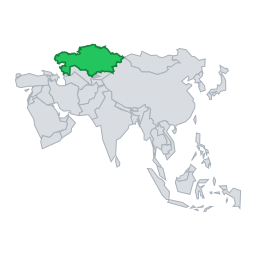 Kazakhstan on a map of Asia (Equal Earth projection)
{"feature_id": "KAZ", "entity_name": "Kazakhstan", "entity_type": "country or territory", "adm_level": 0, "iso_a3": "KAZ", "parent_name": "Asia", "parent_adm1": "", "projection": "equal_earth", "projection_center": [65.802, 47.999], "detail": "fine", "context": "in_parent", "style": "filled", "palette": "green", "viewbox_px": 256, "rotation_deg": 0, "n_neighbors": 45, "source": "natural_earth", "source_scale": "50m", "svg_char_len": 16616}
<svg xmlns="http://www.w3.org/2000/svg" viewBox="0 0 256 256"><path d="M69.6,75.2L70.0,66.7L74.6,65.4L80.6,70.1L85.7,69.6L87.8,71.3L88.9,75.5L91.7,76.7L96.5,73.0L95.5,74.7L100.3,76.2L98.1,77.9L95.9,77.8L96.0,76.0L93.6,76.6L92.2,79.4L90.7,79.3L92.0,82.7L91.0,85.2L74.5,71.8L71.7,75.2L69.6,75.2Z" fill="#d9dde1" stroke="#a8b0b8" stroke-width="1"/><path d="M240.6,190.6L239.9,208.4L238.2,206.2L233.1,206.5L235.4,203.5L234.1,198.2L225.6,193.1L224.2,194.7L222.3,191.2L225.8,189.5L222.8,189.5L219.3,186.0L226.4,185.6L227.2,191.0L229.3,192.7L233.4,188.1L240.6,190.6ZM207.3,207.8L206.0,211.2L204.0,211.5L205.2,208.9L207.3,207.8ZM226.4,202.3L226.3,200.3L227.1,198.4L227.5,200.5L226.4,202.3ZM193.4,172.0L192.3,174.5L195.8,180.9L193.4,181.3L189.9,194.4L177.9,191.5L175.3,182.3L176.7,177.9L178.5,181.3L185.2,180.1L186.9,179.5L189.3,171.6L193.4,172.0ZM213.9,192.7L219.1,191.9L219.8,194.0L213.9,192.7ZM211.8,193.8L210.4,193.3L210.0,192.1L212.1,192.0L211.8,193.8ZM214.0,177.4L215.6,180.3L214.4,185.9L213.0,180.6L214.0,177.4ZM199.7,179.8L208.5,179.5L205.4,182.8L198.2,182.8L197.9,184.8L199.8,187.3L204.7,185.1L200.9,188.6L204.1,198.1L202.2,197.9L203.2,195.7L200.7,196.0L199.8,190.6L198.4,191.5L198.5,198.6L197.2,199.0L195.3,191.1L197.5,183.0L199.7,179.8ZM198.6,210.7L195.0,209.6L197.0,209.1L198.6,210.7ZM197.1,207.6L201.4,206.6L203.2,205.6L202.9,207.1L197.1,207.6ZM193.1,205.6L195.5,207.3L190.6,208.2L193.1,205.6ZM169.2,199.6L182.5,202.5L188.6,206.4L186.2,207.4L167.7,202.2L169.2,199.6ZM164.1,185.4L169.5,191.8L168.7,199.5L166.5,199.5L162.2,195.0L147.3,168.4L151.8,169.0L158.3,177.6L162.1,179.6L164.9,183.1L164.1,185.4Z" fill="#d9dde1" stroke="#a8b0b8" stroke-width="1"/><path d="M207.5,209.2L209.4,206.5L212.2,206.5L207.5,209.2Z" fill="#d9dde1" stroke="#a8b0b8" stroke-width="1"/><path d="M30.9,94.7L28.9,98.2L28.2,104.2L27.4,99.9L29.5,95.2L30.9,94.7Z" fill="#d9dde1" stroke="#a8b0b8" stroke-width="1"/><path d="M32.7,92.4L29.6,95.2L32.5,91.4L32.7,92.4Z" fill="#d9dde1" stroke="#a8b0b8" stroke-width="1"/><path d="M30.2,96.9L28.7,99.5L29.5,96.6L30.2,96.9Z" fill="#d9dde1" stroke="#a8b0b8" stroke-width="1"/><path d="M30.2,96.9L36.6,94.4L37.0,97.5L32.7,99.1L34.3,101.7L30.3,105.0L28.2,104.2L30.2,96.9Z" fill="#d9dde1" stroke="#a8b0b8" stroke-width="1"/><path d="M59.5,117.8L64.2,118.1L68.7,114.0L66.1,122.4L60.2,121.1L59.5,117.8Z" fill="#d9dde1" stroke="#a8b0b8" stroke-width="1"/><path d="M58.0,116.5L58.0,114.6L59.1,112.9L59.6,115.3L58.0,116.5Z" fill="#d9dde1" stroke="#a8b0b8" stroke-width="1"/><path d="M52.0,102.8L53.9,106.7L50.4,105.2L52.0,102.8Z" fill="#d9dde1" stroke="#a8b0b8" stroke-width="1"/><path d="M37.0,97.5L36.6,94.4L41.0,91.8L42.0,87.1L45.0,84.6L48.6,85.1L50.7,88.7L49.1,93.0L52.4,96.7L54.4,103.1L46.9,105.0L37.0,97.5Z" fill="#d9dde1" stroke="#a8b0b8" stroke-width="1"/><path d="M66.5,121.9L68.9,116.0L75.5,122.9L71.5,128.4L71.2,131.8L61.9,138.0L59.8,131.7L65.9,129.0L67.3,123.7L66.5,121.9ZM69.2,112.4L68.4,113.1L69.0,112.2L69.2,112.4Z" fill="#d9dde1" stroke="#a8b0b8" stroke-width="1"/><path d="M161.5,150.0L162.0,144.5L168.2,145.4L169.0,143.6L171.5,146.4L171.4,149.6L168.1,151.7L169.1,153.4L163.6,154.3L161.5,150.0Z" fill="#d9dde1" stroke="#a8b0b8" stroke-width="1"/><path d="M166.5,144.4L162.0,144.5L161.5,150.0L156.3,146.7L155.0,158.1L161.2,166.3L159.2,167.8L152.9,160.5L155.5,150.8L152.3,142.1L153.5,139.2L150.1,133.2L151.6,129.8L155.2,127.9L157.7,130.5L157.6,135.7L161.7,133.5L164.9,135.9L167.0,140.9L166.5,144.4Z" fill="#d9dde1" stroke="#a8b0b8" stroke-width="1"/><path d="M170.9,144.6L166.5,144.4L167.0,140.9L163.3,133.7L157.6,135.7L157.7,130.5L155.2,127.9L158.4,125.9L157.8,122.9L161.2,127.0L163.6,127.0L164.6,129.3L162.9,131.0L170.4,140.0L170.9,144.6Z" fill="#d9dde1" stroke="#a8b0b8" stroke-width="1"/><path d="M155.2,127.9L151.6,129.8L150.1,133.2L153.5,139.2L152.3,142.1L155.5,150.8L153.6,156.2L153.2,147.5L149.9,137.2L146.5,140.5L144.1,139.6L144.1,133.8L139.5,125.1L144.1,111.8L147.8,110.4L147.9,107.4L150.7,109.3L149.5,118.7L151.5,118.3L153.5,121.2L153.1,123.4L156.9,124.1L155.2,127.9Z" fill="#d9dde1" stroke="#a8b0b8" stroke-width="1"/><path d="M165.3,154.7L169.1,153.4L168.1,151.7L171.4,149.6L171.1,141.9L162.9,131.0L164.6,129.3L163.6,127.0L161.2,127.0L158.8,122.5L164.8,120.2L170.6,124.9L166.5,131.5L173.7,141.7L175.0,151.5L167.1,159.8L165.3,154.7Z" fill="#d9dde1" stroke="#a8b0b8" stroke-width="1"/><path d="M202.7,72.7L202.2,76.2L199.1,78.9L201.3,82.2L195.0,82.8L195.4,79.8L193.1,78.5L194.1,76.9L196.4,74.0L199.1,74.8L198.4,73.6L201.1,71.3L202.7,72.7Z" fill="#d9dde1" stroke="#a8b0b8" stroke-width="1"/><path d="M198.0,83.7L201.4,81.6L204.6,86.0L205.1,90.2L200.6,91.9L198.5,86.2L199.8,85.8L198.0,83.7Z" fill="#d9dde1" stroke="#a8b0b8" stroke-width="1"/><path d="M124.4,57.2L131.5,53.9L140.3,56.2L142.0,51.3L151.0,55.5L156.3,55.1L159.5,57.2L163.3,57.5L168.8,55.1L173.0,55.9L172.9,60.6L176.6,59.8L180.2,62.1L170.7,67.1L167.8,66.4L167.2,67.9L168.5,69.5L166.5,71.6L157.4,74.5L149.6,72.0L141.5,71.9L139.2,68.4L131.2,66.0L130.7,62.4L124.4,57.2Z" fill="#d9dde1" stroke="#a8b0b8" stroke-width="1"/><path d="M147.9,107.4L147.8,110.4L144.1,111.8L140.2,123.6L138.9,119.4L138.1,121.1L137.0,119.8L139.1,115.9L134.2,115.1L131.4,112.1L130.8,113.8L132.3,115.2L130.8,117.1L132.0,117.8L132.8,124.5L129.0,125.1L128.3,128.6L120.1,138.2L116.4,140.0L115.7,155.0L111.1,161.6L102.8,139.8L100.7,125.4L96.5,126.7L91.9,119.3L97.5,117.5L94.5,110.8L96.5,108.1L98.8,108.3L105.1,97.2L102.1,92.1L107.9,91.3L109.6,89.2L111.8,92.1L111.8,99.1L116.5,102.5L114.7,106.0L121.1,109.7L130.4,112.2L131.4,107.8L131.8,110.4L133.6,111.4L138.0,111.1L137.2,108.7L145.3,104.3L145.8,107.0L147.9,107.4Z" fill="#d9dde1" stroke="#a8b0b8" stroke-width="1"/><path d="M138.9,119.4L139.8,127.2L137.6,121.7L135.8,121.6L135.5,124.2L133.0,123.6L130.8,117.1L132.3,115.2L130.8,113.8L131.4,112.1L134.2,115.1L139.1,115.9L137.0,119.8L138.1,121.1L138.9,119.4Z" fill="#d9dde1" stroke="#a8b0b8" stroke-width="1"/><path d="M137.2,108.7L138.0,111.1L131.8,110.4L133.8,107.3L137.2,108.7Z" fill="#d9dde1" stroke="#a8b0b8" stroke-width="1"/><path d="M130.3,108.4L130.4,112.2L128.8,112.2L114.7,106.0L117.2,101.9L125.8,107.5L130.3,108.4Z" fill="#d9dde1" stroke="#a8b0b8" stroke-width="1"/><path d="M109.6,89.2L107.9,91.3L102.1,92.1L105.1,97.2L98.8,108.3L96.5,108.1L94.5,110.8L97.5,117.5L91.9,119.3L88.4,114.7L78.9,115.6L79.7,112.6L82.5,111.3L77.9,103.4L81.0,104.7L88.3,103.2L89.4,99.6L93.9,98.1L98.4,86.7L104.5,85.2L106.5,88.2L109.6,89.2Z" fill="#d9dde1" stroke="#a8b0b8" stroke-width="1"/><path d="M85.3,85.2L93.5,85.1L96.4,81.9L98.4,86.1L101.0,84.3L104.5,85.2L97.4,87.8L98.1,90.0L96.8,92.9L95.0,92.8L95.8,94.5L93.9,98.1L89.4,99.6L88.3,103.2L81.0,104.7L77.9,103.4L79.6,101.1L77.4,95.4L78.8,88.8L82.0,89.4L85.3,85.2Z" fill="#d9dde1" stroke="#a8b0b8" stroke-width="1"/><path d="M91.0,85.2L92.0,82.7L90.7,79.3L96.0,76.0L96.7,77.7L93.9,79.4L101.6,79.7L104.1,84.5L98.4,86.1L96.4,81.9L93.5,85.1L91.0,85.2Z" fill="#d9dde1" stroke="#a8b0b8" stroke-width="1"/><path d="M96.5,73.0L101.0,72.4L102.2,70.6L113.0,72.8L101.6,79.7L93.9,79.4L94.1,78.1L100.3,76.2L95.5,74.7L96.5,73.0Z" fill="#d9dde1" stroke="#a8b0b8" stroke-width="1"/><path d="M63.5,74.1L66.4,72.8L68.7,75.3L71.7,75.2L74.5,71.8L88.6,83.1L88.6,84.6L87.2,83.9L80.6,89.7L78.8,88.8L78.6,86.8L71.8,83.0L65.4,85.0L65.6,80.8L63.6,78.2L64.1,76.2L67.4,76.0L65.7,73.3L64.0,75.6L63.5,74.1Z" fill="#d9dde1" stroke="#a8b0b8" stroke-width="1"/><path d="M54.4,103.1L52.4,96.7L49.1,93.0L50.7,88.7L47.8,83.2L47.9,79.7L51.4,81.3L55.1,79.3L56.8,84.1L59.7,85.8L65.2,85.6L70.5,82.8L78.6,86.8L77.4,95.4L79.6,101.1L77.9,103.4L82.5,111.3L79.7,112.6L78.9,115.6L70.9,113.9L70.2,110.7L63.5,111.1L59.8,108.4L57.4,102.6L54.4,103.1Z" fill="#d9dde1" stroke="#a8b0b8" stroke-width="1"/><path d="M30.6,96.1L32.7,92.4L31.7,89.4L33.7,86.0L44.1,85.0L42.0,87.1L41.0,91.8L32.6,97.1L30.6,96.1Z" fill="#d9dde1" stroke="#a8b0b8" stroke-width="1"/><path d="M52.1,81.2L47.3,77.7L47.4,75.7L50.9,76.4L52.1,81.2Z" fill="#d9dde1" stroke="#a8b0b8" stroke-width="1"/><path d="M48.6,85.1L33.7,86.0L32.3,88.4L32.6,86.4L30.0,86.0L20.5,87.6L16.9,86.3L15.4,79.6L21.7,75.4L29.6,73.5L37.9,76.1L45.8,74.6L49.2,79.0L47.9,79.7L48.6,85.1ZM16.3,74.0L19.8,73.6L21.2,75.2L16.0,77.9L16.3,74.0Z" fill="#d9dde1" stroke="#a8b0b8" stroke-width="1"/><path d="M119.8,162.8L119.5,165.6L116.9,167.0L115.5,160.9L116.3,156.5L119.8,162.8Z" fill="#d9dde1" stroke="#a8b0b8" stroke-width="1"/><path d="M174.3,133.8L172.3,130.7L176.4,128.8L175.9,132.5L174.3,133.8ZM101.6,79.7L114.0,70.8L112.1,66.9L116.3,65.5L117.1,61.5L120.6,62.2L121.3,59.0L124.4,57.2L130.7,62.4L131.2,66.0L139.2,68.4L141.5,71.9L149.6,72.0L157.4,74.5L164.6,72.4L168.5,69.5L167.2,67.9L167.8,66.4L170.7,67.1L176.4,62.9L180.3,62.9L176.6,59.8L172.1,59.7L173.0,55.9L177.2,55.3L178.2,51.5L176.7,49.9L179.6,48.5L186.2,49.8L191.6,56.2L194.8,56.8L198.9,60.4L205.2,58.9L204.8,66.4L201.4,66.8L202.7,72.7L201.1,71.3L198.4,73.6L199.1,74.8L196.4,74.0L193.1,78.5L187.9,80.9L188.9,77.3L187.7,76.1L181.6,81.3L186.4,85.1L188.1,83.4L191.1,84.4L191.8,85.7L186.7,90.6L193.5,98.7L192.8,101.2L194.8,103.4L194.8,107.5L190.4,117.0L185.6,121.7L176.0,125.3L175.6,128.1L174.6,128.3L174.2,125.3L168.5,124.2L167.6,121.6L164.8,120.2L157.8,122.9L158.4,125.9L153.1,123.4L153.5,121.2L151.5,118.3L149.5,118.7L150.7,109.3L149.0,107.2L145.8,107.0L145.3,104.3L138.7,108.3L133.8,107.3L131.7,109.9L131.4,107.8L125.8,107.5L111.8,99.1L111.8,92.1L106.5,88.2L101.6,79.7Z" fill="#d9dde1" stroke="#a8b0b8" stroke-width="1"/><path d="M195.7,115.1L196.0,121.6L195.5,123.8L193.6,119.6L195.7,115.1Z" fill="#d9dde1" stroke="#a8b0b8" stroke-width="1"/><path d="M52.6,73.9L55.0,75.6L56.5,74.0L59.4,77.7L57.9,77.9L56.4,82.3L55.1,79.3L52.1,81.2L50.7,78.5L49.9,75.3L52.6,75.8L52.6,73.9ZM51.4,81.3L50.2,81.0L49.2,79.0L50.9,79.5L51.4,81.3Z" fill="#d9dde1" stroke="#a8b0b8" stroke-width="1"/><path d="M41.6,70.3L51.1,72.4L52.9,75.5L43.8,74.7L44.0,72.1L41.6,70.3Z" fill="#d9dde1" stroke="#a8b0b8" stroke-width="1"/><path d="M199.2,150.0L197.1,146.6L199.6,147.6L199.2,150.0ZM203.3,158.7L202.9,153.6L203.8,155.3L205.1,152.6L203.3,158.7ZM208.1,156.6L210.7,163.7L210.2,166.2L209.3,163.4L208.4,164.8L208.6,168.1L206.1,166.5L204.7,161.9L201.4,163.7L204.3,159.6L208.3,158.8L208.1,156.6ZM196.3,154.5L191.6,160.5L195.8,152.3L196.3,154.5ZM199.9,133.8L199.7,144.2L204.3,145.7L204.8,149.1L202.3,146.3L197.6,145.5L198.2,143.7L195.8,141.3L196.5,133.0L199.9,133.8ZM201.0,154.8L200.5,150.8L203.1,151.7L201.0,154.8ZM207.8,150.1L208.6,153.1L207.0,152.4L206.8,155.6L205.2,149.0L207.8,150.1Z" fill="#d9dde1" stroke="#a8b0b8" stroke-width="1"/><path d="M157.0,165.7L162.9,168.2L165.7,179.9L159.9,175.8L157.0,165.7ZM193.4,172.0L189.3,171.6L186.9,179.5L178.5,181.3L177.1,179.7L176.7,177.9L179.8,178.3L180.2,176.0L183.5,174.9L185.9,171.0L188.2,171.6L190.8,164.4L196.0,168.6L193.4,172.0Z" fill="#d9dde1" stroke="#a8b0b8" stroke-width="1"/><path d="M188.4,168.4L188.2,171.6L186.9,172.4L185.9,171.0L188.4,168.4Z" fill="#d9dde1" stroke="#a8b0b8" stroke-width="1"/><path d="M225.6,80.2L225.8,90.1L220.5,91.4L218.6,94.2L216.5,91.4L209.4,93.2L211.7,95.0L211.5,99.3L209.4,99.4L209.3,97.1L206.8,94.6L211.4,89.3L217.0,89.1L217.6,84.8L219.2,85.9L221.9,82.6L221.0,75.5L222.7,75.0L225.6,80.2ZM226.1,69.0L226.9,68.1L228.4,70.7L225.4,73.6L222.0,72.0L222.0,74.6L220.0,74.6L218.9,72.3L221.0,70.4L219.9,65.4L226.1,69.0ZM212.2,94.2L214.5,92.0L216.5,93.4L213.9,96.1L212.2,94.2Z" fill="#d9dde1" stroke="#a8b0b8" stroke-width="1"/><path d="M59.8,131.7L61.9,138.0L59.9,140.8L42.3,148.8L40.7,141.8L42.5,135.5L49.7,137.2L54.1,132.7L59.8,131.7Z" fill="#d9dde1" stroke="#a8b0b8" stroke-width="1"/><path d="M28.2,104.6L33.3,102.9L34.3,101.7L32.7,99.1L37.0,97.5L46.9,105.0L52.1,105.5L57.0,111.5L60.2,121.1L66.5,121.9L67.3,123.7L65.9,129.0L54.1,132.7L49.7,137.2L42.5,135.5L41.2,138.8L34.7,125.6L33.8,119.3L27.3,107.9L28.2,104.6Z" fill="#d9dde1" stroke="#a8b0b8" stroke-width="1"/><path d="M29.3,88.8L26.0,91.5L24.9,90.2L29.3,88.8Z" fill="#d9dde1" stroke="#a8b0b8" stroke-width="1"/><path d="M96.4,73.0L96.0,73.2L95.8,73.5L95.5,73.4L94.9,74.0L94.2,74.4L93.7,74.7L93.7,74.8L93.3,74.9L93.1,75.1L93.1,75.3L92.5,75.8L92.3,76.2L92.2,76.5L92.3,76.7L92.3,76.8L92.0,76.8L91.5,76.6L91.3,76.4L91.4,75.9L91.1,75.5L90.9,75.5L90.7,75.5L89.1,75.6L88.9,75.5L88.7,74.8L88.5,73.6L87.6,73.6L87.7,72.9L87.8,71.3L87.3,71.5L86.7,70.5L86.3,70.3L85.7,69.6L84.9,70.0L82.7,69.8L80.5,70.1L79.1,68.6L79.0,68.2L78.9,68.1L74.7,65.4L70.1,66.7L69.7,75.2L68.9,75.3L68.7,75.2L68.4,74.9L67.7,73.7L66.5,72.8L65.7,72.9L64.5,73.2L64.2,73.4L63.5,74.1L63.5,73.3L63.8,72.6L63.9,72.3L63.8,71.8L63.6,71.7L63.2,71.7L62.6,71.6L62.3,71.0L62.1,70.9L61.6,70.9L61.6,70.1L61.3,69.5L60.9,68.5L60.7,68.4L60.1,68.2L60.0,67.9L60.1,67.6L60.3,67.5L61.1,67.5L61.6,67.8L62.0,67.7L62.3,67.7L62.1,67.6L61.9,67.5L61.5,67.1L61.4,66.9L61.5,66.7L61.8,66.4L61.9,66.2L62.2,65.9L62.4,65.9L62.7,65.8L64.0,65.8L64.8,66.0L65.3,65.9L64.7,65.6L64.6,65.4L64.8,64.9L65.1,64.5L65.3,64.0L65.3,63.5L65.2,63.4L65.3,63.2L65.5,62.9L65.3,62.5L65.1,62.3L64.3,62.2L64.1,62.4L63.7,62.6L63.5,62.4L63.0,62.3L62.8,62.1L62.1,61.9L61.6,62.1L61.0,62.5L60.7,62.5L59.8,63.1L58.8,63.3L58.8,63.5L58.7,63.4L58.5,63.6L57.6,63.2L57.4,63.0L57.4,62.8L57.6,62.7L58.1,62.8L58.2,62.7L57.6,61.5L57.0,60.6L55.9,60.4L55.6,60.6L55.4,60.4L55.3,60.1L55.4,59.7L55.2,59.4L54.6,59.1L54.6,58.7L54.8,58.2L55.1,57.9L55.3,57.7L55.5,57.5L55.5,57.4L55.1,57.0L55.2,56.7L55.4,56.3L55.6,56.0L56.0,55.6L56.2,55.2L56.6,54.8L56.9,54.8L57.8,55.9L58.0,56.0L58.6,55.8L58.7,55.6L58.5,54.3L58.8,54.4L59.7,53.8L59.9,53.5L60.1,53.3L60.6,53.2L61.5,52.8L62.4,52.0L63.0,52.2L63.1,52.3L63.2,52.5L63.7,52.5L64.4,52.1L64.7,52.0L64.9,52.1L65.2,52.4L65.3,52.5L66.5,52.5L66.9,52.7L67.1,53.0L67.5,53.2L67.8,53.4L68.2,54.0L68.3,54.4L68.4,54.5L68.6,54.4L68.6,54.2L68.6,53.8L68.5,53.6L69.0,53.6L69.8,54.2L70.3,54.4L71.0,54.1L71.1,53.8L71.7,53.5L71.9,53.6L72.6,53.4L72.9,53.4L73.3,53.8L73.7,53.7L74.0,53.3L74.9,53.4L75.2,53.6L75.7,54.2L76.6,54.3L76.8,54.4L76.7,54.6L77.2,54.4L77.5,53.9L78.0,54.1L78.3,54.2L78.6,54.2L79.1,54.2L79.6,54.0L79.9,53.8L80.2,53.0L80.2,52.8L79.9,52.6L79.3,52.5L79.2,52.4L78.4,52.1L78.3,51.9L77.8,51.6L77.7,51.6L77.8,51.5L78.4,51.2L78.8,51.1L79.3,50.7L79.0,50.0L79.0,49.9L79.5,49.4L80.0,49.4L81.0,49.5L81.2,49.3L81.2,49.2L80.5,48.9L79.7,48.8L79.7,48.7L79.8,48.4L80.1,48.4L80.3,48.3L80.2,48.2L79.8,48.2L79.4,48.1L79.6,47.8L79.7,47.4L79.8,47.3L80.0,47.2L81.0,47.4L81.9,47.3L82.1,47.2L82.8,47.1L83.0,47.0L84.1,46.8L84.7,46.6L85.1,46.5L85.4,46.6L85.9,46.5L86.1,46.6L86.4,46.3L86.7,46.0L87.1,46.1L87.5,45.9L87.5,46.0L88.0,46.0L90.3,45.5L90.5,45.4L91.1,45.3L91.2,45.2L91.7,44.9L92.0,44.7L92.4,44.5L93.2,44.6L94.3,45.0L94.6,44.9L94.8,44.7L95.2,44.7L95.5,45.0L96.0,46.1L95.9,46.6L95.8,46.8L96.3,47.0L97.2,46.9L97.3,46.9L97.5,46.7L98.0,47.1L98.0,47.4L98.3,47.3L98.3,47.1L98.8,47.1L99.2,47.3L99.4,47.4L99.6,47.4L100.0,47.2L100.1,47.4L99.7,47.7L99.5,47.9L99.5,48.1L99.6,48.4L100.1,48.2L100.4,48.1L101.0,48.2L101.2,48.3L101.3,48.3L101.4,48.0L102.0,47.7L102.3,47.7L102.6,47.5L102.9,47.4L102.9,47.2L103.3,47.1L104.2,46.7L104.6,46.6L105.2,46.4L105.1,46.7L104.9,47.0L104.5,47.0L104.6,47.3L104.8,47.4L106.7,48.6L107.0,48.8L108.1,50.1L110.0,52.5L111.0,54.0L111.2,53.9L111.4,53.7L111.7,53.6L111.7,53.2L112.1,52.9L112.4,52.9L112.5,53.1L112.8,53.1L112.8,53.6L113.3,53.6L113.4,53.9L113.4,54.0L113.5,54.1L114.3,54.0L114.5,54.1L115.2,54.1L115.4,54.0L115.6,53.7L116.0,53.7L116.3,53.5L116.6,53.5L117.2,53.8L117.6,54.0L118.1,54.5L118.3,55.0L118.9,55.2L119.3,55.4L119.6,55.5L119.6,55.9L120.1,56.5L121.3,56.6L121.7,56.7L122.4,56.1L122.5,56.1L122.6,56.3L122.4,56.5L122.6,56.6L122.8,56.7L123.2,57.2L123.6,57.3L123.8,57.6L123.3,57.6L122.9,57.7L122.8,57.9L122.9,58.1L122.8,58.5L122.6,58.8L122.1,59.0L121.3,59.1L121.1,59.5L121.0,60.2L121.2,61.1L121.4,61.4L121.4,61.6L121.2,62.0L120.7,62.1L120.4,62.4L120.0,62.6L119.8,62.3L119.2,62.2L118.7,62.3L118.1,62.1L117.0,61.7L116.9,61.8L116.9,62.3L116.3,64.1L116.0,65.3L116.1,65.5L116.6,65.7L116.6,66.0L116.5,66.4L116.0,66.2L115.5,66.3L115.2,66.2L115.0,65.9L113.6,66.4L113.2,66.4L112.2,66.7L111.9,66.9L112.1,67.1L112.6,67.1L113.0,67.3L112.8,67.5L112.9,68.7L113.2,69.2L113.5,70.0L113.6,70.3L113.6,70.5L113.8,70.9L113.8,71.0L113.5,71.0L113.1,71.2L113.1,71.3L113.4,71.5L112.9,71.7L112.9,71.9L112.8,72.1L113.0,73.0L112.4,72.6L111.5,72.5L111.1,72.0L111.0,71.8L110.9,71.8L110.5,71.8L109.9,71.6L109.0,71.6L108.6,71.5L107.6,71.5L107.1,71.3L106.3,71.4L105.1,71.4L104.7,71.7L104.3,71.6L103.3,71.3L102.2,70.7L102.1,70.8L101.7,70.8L101.6,71.0L101.0,71.3L100.8,72.2L101.0,72.6L100.8,72.6L100.6,72.4L99.8,72.3L99.6,72.1L98.8,71.8L97.9,71.7L97.0,71.9L96.6,72.3L96.5,72.5L96.3,72.8L96.4,73.0ZM59.9,67.0L59.6,66.8L59.7,66.6L59.8,66.5L59.7,66.7L59.7,66.8L59.8,66.9L59.9,67.0ZM64.4,65.7L64.2,65.6L64.3,65.5L64.4,65.7Z" fill="#22c55e" stroke="#15803d" stroke-width="1.5"/></svg>